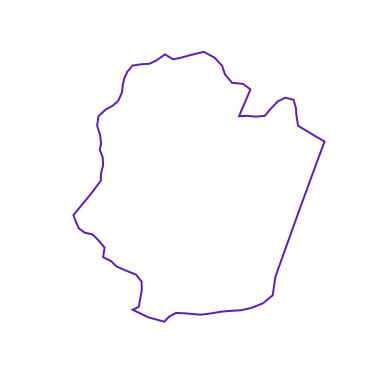 Formosa do Sul, Santa Catarina, Brazil (orthographic projection), rotated 115°
{"feature_id": "56859067B9697158571656", "entity_name": "Formosa do Sul", "entity_type": "district", "adm_level": 2, "iso_a3": "BRA", "parent_name": "Brazil", "parent_adm1": "Santa Catarina", "projection": "orthographic", "projection_center": [-52.793, -26.635], "detail": "fine", "context": "isolated", "style": "outline", "palette": "violet", "viewbox_px": 384, "rotation_deg": 115, "n_neighbors": 0, "source": "geoboundaries", "source_scale": "gbopen_adm2", "svg_char_len": 1102}
<svg xmlns="http://www.w3.org/2000/svg" viewBox="0 0 384 384"><g transform="rotate(115 192 192)"><path d="M278.4,97.5L271.8,89.0L262.8,80.6L251.5,75.2L233.5,80.6L197.8,83.9L165.1,86.9L122.1,90.6L110.1,91.6L90.3,93.2L87.2,123.9L78.0,130.0L71.9,133.4L65.5,138.9L67.1,147.3L73.4,152.4L83.0,155.7L92.2,158.3L96.6,165.7L99.6,174.0L103.3,181.4L74.4,182.4L72.4,191.2L76.1,201.9L71.5,211.8L64.9,218.1L60.7,228.3L60.0,240.6L68.6,251.3L75.4,259.3L79.7,265.2L78.7,274.7L87.9,279.9L93.7,284.7L97.9,292.3L102.5,299.3L110.1,301.4L117.3,301.4L123.8,300.1L131.5,297.5L140.5,297.4L147.4,300.4L153.7,305.1L162.8,308.8L172.0,306.0L179.4,299.2L186.7,294.8L192.7,293.4L198.4,287.5L205.4,283.8L213.5,282.4L220.4,279.4L237.7,283.1L262.9,289.7L267.8,285.0L272.8,279.1L274.2,271.9L272.5,264.1L275.3,256.4L279.4,247.7L288.6,245.0L288.9,235.9L291.4,229.0L291.2,219.5L290.5,207.8L294.7,199.7L302.5,195.9L310.8,193.8L318.6,191.7L323.8,196.0L324.0,178.4L321.3,162.4L314.8,160.1L308.3,155.3L305.0,147.3L302.5,140.4L299.7,132.6L294.5,124.2L288.3,115.2L283.7,107.3L278.4,97.5Z" fill="none" stroke="#5b21b6" stroke-width="2"/></g></svg>